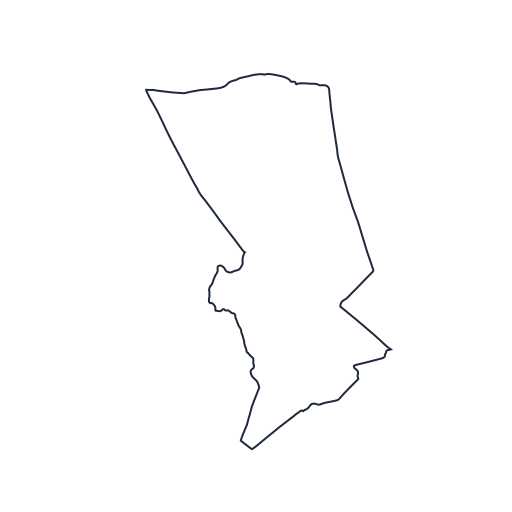 Vinh Hung, Long An, Vietnam (orthographic projection), rotated 19°
{"feature_id": "81297802B51272444346298", "entity_name": "Vinh Hung", "entity_type": "district", "adm_level": 2, "iso_a3": "VNM", "parent_name": "Vietnam", "parent_adm1": "Long An", "projection": "orthographic", "projection_center": [105.784, 10.881], "detail": "fine", "context": "isolated", "style": "outline", "palette": "slate", "viewbox_px": 512, "rotation_deg": 19, "n_neighbors": 0, "source": "geoboundaries", "source_scale": "gbopen_adm2", "svg_char_len": 6069}
<svg xmlns="http://www.w3.org/2000/svg" viewBox="0 0 512 512"><g transform="rotate(19 256 256)"><path d="M413.9,300.4L411.6,299.8L408.9,298.8L404.4,296.9L400.7,295.2L397.1,293.7L393.5,292.1L388.3,290.1L380.8,287.1L376.3,285.4L371.0,283.3L363.9,280.7L356.7,278.0L352.5,276.5L352.2,276.4L352.0,275.9L351.8,275.2L351.7,273.9L351.7,272.5L352.1,271.4L352.8,269.9L354.1,268.4L355.4,266.7L356.4,264.8L358.8,259.6L361.9,253.3L366.1,244.2L370.0,236.0L371.1,233.8L371.5,232.8L371.6,232.3L371.6,231.9L371.6,231.4L371.4,230.9L361.7,218.4L359.7,215.9L350.6,203.3L341.4,190.6L331.7,178.7L322.6,166.5L314.1,154.3L305.7,142.0L301.8,136.5L300.0,133.3L298.3,129.5L291.8,117.1L285.2,104.5L278.9,92.3L277.8,89.8L276.1,86.0L273.2,79.9L271.2,75.3L270.4,73.8L269.5,73.0L268.4,72.3L267.7,72.2L266.7,72.1L265.3,72.2L264.0,72.6L261.5,73.6L260.4,73.9L259.4,73.8L258.3,73.7L257.1,73.7L256.0,73.9L254.1,74.5L249.9,75.8L245.1,77.1L241.2,78.5L239.7,79.4L238.9,79.9L238.6,80.3L238.3,80.5L238.0,80.5L237.6,80.2L237.1,79.4L236.7,79.0L236.3,78.9L235.8,78.8L235.2,78.8L234.6,79.1L233.9,79.3L233.4,79.6L233.1,79.7L232.7,79.7L232.0,79.6L231.2,79.0L230.2,78.5L228.8,78.0L224.8,77.6L222.0,77.7L219.1,78.0L215.3,78.5L211.5,79.1L209.0,79.7L207.7,80.1L206.6,80.7L205.8,81.3L204.8,81.7L203.6,82.0L201.8,82.3L200.6,82.8L197.4,84.2L194.6,85.7L193.4,86.4L192.1,87.2L190.5,88.4L189.1,89.2L187.3,90.2L185.8,91.3L183.6,92.5L182.5,93.3L179.7,96.2L178.0,97.3L176.4,98.4L175.2,99.4L174.4,100.3L173.3,101.8L172.6,103.5L171.2,105.6L170.1,106.7L167.8,108.5L164.7,110.2L155.5,114.5L148.9,117.4L144.9,119.7L141.0,121.8L137.2,124.2L135.2,125.4L133.4,126.0L131.0,126.6L124.0,128.5L116.2,130.2L112.6,131.0L108.3,131.9L105.4,132.3L103.7,132.8L101.7,133.5L99.6,134.2L98.1,134.6L98.9,135.8L100.2,137.2L102.6,139.7L106.9,143.6L109.7,146.0L114.1,149.9L116.5,152.2L122.8,158.5L128.9,164.8L135.2,171.1L141.9,177.5L148.7,183.8L155.4,190.1L162.1,196.4L168.3,202.3L174.5,208.0L176.4,209.5L179.3,212.1L181.0,214.0L184.8,216.9L190.3,220.3L199.5,226.6L201.8,228.1L208.9,233.2L211.2,234.8L221.1,241.3L228.3,246.0L232.6,248.9L237.3,252.1L239.1,253.3L241.5,255.0L242.8,255.7L243.4,255.9L244.0,256.0L243.9,256.1L243.9,258.4L243.9,260.2L244.1,262.4L244.7,264.5L245.1,265.5L245.6,266.8L245.8,267.5L245.9,268.3L245.8,269.2L245.5,270.7L245.3,271.8L245.0,272.9L244.3,274.3L243.4,275.2L242.0,276.2L240.7,277.0L240.0,277.5L238.9,278.7L237.6,279.7L237.0,280.0L235.9,280.2L234.8,280.3L233.8,280.2L233.0,280.0L232.3,279.7L231.6,279.2L230.7,278.4L230.1,277.9L229.2,277.3L228.0,276.9L226.9,276.6L225.9,276.5L224.9,276.8L224.3,277.2L223.7,277.7L223.5,278.0L223.4,278.3L223.4,278.8L223.5,279.5L223.6,279.9L223.7,280.2L223.9,280.7L224.2,281.5L224.5,282.1L224.6,282.7L224.6,283.9L224.5,285.2L223.9,287.5L223.8,288.8L223.7,290.5L223.6,292.5L223.6,294.3L223.6,295.7L223.5,297.0L222.9,298.7L222.6,299.8L222.5,300.8L222.4,301.6L222.5,302.1L222.6,303.0L222.6,303.5L222.8,303.8L223.3,304.5L223.7,305.2L224.0,306.3L224.2,306.7L224.6,308.0L224.9,308.6L225.1,309.3L225.3,310.0L225.4,311.4L225.7,312.7L226.1,313.6L226.5,314.5L227.0,315.0L227.5,315.3L228.0,315.4L228.3,315.3L228.5,315.3L228.9,315.1L229.1,314.9L229.5,314.9L229.9,315.0L230.5,315.1L231.3,315.4L232.3,316.0L233.3,316.7L233.8,317.3L234.3,317.9L234.5,318.4L235.0,319.8L235.2,320.3L235.3,320.5L235.6,320.7L235.7,320.8L235.9,320.8L236.3,320.7L237.3,320.5L238.5,320.3L239.8,319.9L240.3,319.7L240.7,319.3L241.2,318.6L241.7,317.5L242.0,317.2L242.5,316.8L242.8,316.8L243.1,316.8L243.4,316.9L243.9,317.1L244.5,317.3L245.0,317.4L245.4,317.3L245.8,317.2L246.4,316.8L246.9,316.6L247.3,316.5L247.7,316.6L248.3,316.7L249.0,317.0L249.5,317.0L249.9,317.1L250.4,317.3L250.9,317.6L251.7,317.8L252.2,317.8L252.6,317.7L253.5,317.6L254.0,317.6L254.6,317.8L255.0,318.1L255.4,318.5L255.8,319.1L256.1,319.8L256.6,320.8L257.3,321.8L258.3,322.8L258.9,323.6L259.5,324.3L260.0,325.0L260.8,325.7L261.2,326.3L261.9,327.2L262.7,327.9L263.5,328.5L264.1,329.0L264.9,329.7L265.7,330.5L266.4,331.7L267.0,332.9L267.7,333.8L268.5,334.8L269.5,336.0L270.4,337.5L271.5,338.9L272.2,339.7L272.4,340.2L272.7,340.9L272.9,341.5L273.3,342.3L274.3,343.9L275.1,344.9L275.8,345.8L276.4,346.4L276.8,346.9L277.3,347.8L278.0,349.0L278.7,349.8L279.2,350.1L279.8,350.2L280.3,350.5L281.0,350.9L282.5,351.8L283.5,352.3L284.7,352.7L285.6,353.1L286.4,353.5L286.8,354.0L287.4,355.2L287.9,357.0L288.4,358.3L289.2,359.6L289.8,360.5L290.1,361.5L290.1,362.3L289.9,363.1L289.2,364.1L288.6,365.1L288.5,366.1L288.5,367.0L288.8,367.7L289.7,369.2L289.8,369.2L291.0,370.6L291.8,371.3L293.3,372.0L296.0,373.3L297.9,374.3L299.3,375.8L300.9,377.8L301.9,379.5L301.7,384.1L301.3,393.4L301.1,400.0L301.7,407.4L301.9,411.7L302.4,419.3L302.3,419.8L301.7,428.8L301.6,432.5L301.7,435.3L301.8,435.6L308.8,438.0L311.5,438.9L313.5,439.6L315.2,439.9L318.1,435.8L321.2,430.7L325.3,423.9L329.6,417.1L333.8,410.2L342.8,396.6L343.7,395.3L344.3,394.4L344.6,393.6L346.1,391.5L347.1,390.1L348.2,388.5L348.8,387.8L349.0,387.5L349.2,387.3L349.5,387.3L350.2,387.3L350.6,387.4L350.9,387.4L351.1,387.4L351.3,387.3L351.5,387.1L351.5,386.8L351.5,386.5L351.6,386.3L351.8,386.0L352.0,385.8L352.3,385.5L353.0,385.1L353.8,384.3L354.4,383.4L355.2,381.8L355.5,380.8L356.0,379.5L356.5,378.3L356.7,378.0L357.3,377.5L358.0,377.1L359.2,376.6L359.9,376.4L360.7,376.4L361.9,376.4L363.1,376.3L363.9,376.1L364.3,375.9L365.1,375.4L365.7,374.9L366.4,374.3L366.9,374.0L367.6,373.3L368.5,372.7L370.3,371.6L377.3,367.5L379.6,366.0L380.3,365.4L380.7,364.9L381.2,364.0L382.3,361.3L383.3,358.9L386.0,353.0L388.9,347.0L391.5,341.6L392.2,340.2L392.6,339.5L392.6,339.2L392.7,338.9L392.7,338.7L392.6,338.4L392.2,338.0L391.7,337.4L391.3,336.7L391.0,336.0L390.9,335.2L390.6,333.7L390.3,332.7L390.0,332.2L389.6,331.7L388.7,331.2L387.2,330.5L386.0,330.1L385.4,329.8L385.0,329.3L384.6,328.7L384.4,328.2L384.4,327.9L384.7,327.5L385.6,326.7L388.5,324.8L397.1,319.3L405.2,313.9L407.3,312.5L409.0,311.3L409.6,310.7L410.2,309.8L410.4,309.1L410.4,308.5L410.1,307.2L410.1,306.4L410.3,305.8L410.4,304.8L410.2,304.0L410.3,303.2L410.5,302.8L410.8,302.4L411.8,301.8L413.0,301.1L413.9,300.4Z" fill="none" stroke="#1e293b" stroke-width="2"/></g></svg>